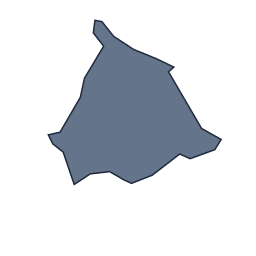 Kavajë, Tiranë, Albania (Natural Earth projection), rotated 122°
{"feature_id": "67620474B5524789266710", "entity_name": "Kavajë", "entity_type": "district", "adm_level": 2, "iso_a3": "ALB", "parent_name": "Albania", "parent_adm1": "Tiranë", "projection": "natural_earth1", "projection_center": [19.564, 41.139], "detail": "fine", "context": "isolated", "style": "filled", "palette": "slate", "viewbox_px": 256, "rotation_deg": 122, "n_neighbors": 0, "source": "geoboundaries", "source_scale": "gbopen_adm2", "svg_char_len": 476}
<svg xmlns="http://www.w3.org/2000/svg" viewBox="0 0 256 256"><g transform="rotate(122 128 128)"><path d="M121.1,59.1L100.4,42.9L88.4,42.9L89.4,65.4L58.9,123.4L52.1,121.4L54.2,140.5L58.4,164.9L57.9,188.7L51.6,206.5L54.2,213.1L65.7,207.8L71.5,192.0L108.8,191.3L127.2,184.7L167.6,183.4L176.0,192.0L181.3,183.4L182.8,170.2L204.4,143.7L186.9,135.7L174.7,120.4L174.2,104.4L173.1,95.7L155.1,82.4L122.7,70.4L121.1,59.1Z" fill="#64748b" stroke="#1e293b" stroke-width="1.5"/></g></svg>